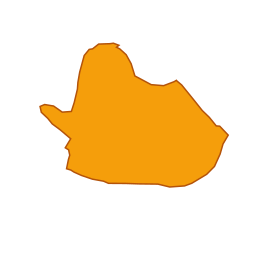 outline of Kusong City, P'yŏngan-bukto, North Korea, rotated 141°
{"feature_id": "82179303B13626815484241", "entity_name": "Kusong City", "entity_type": "district", "adm_level": 2, "iso_a3": "PRK", "parent_name": "North Korea", "parent_adm1": "P'yŏngan-bukto", "projection": "albers", "projection_center": [125.193, 39.953], "detail": "fine", "context": "isolated", "style": "filled", "palette": "amber", "viewbox_px": 256, "rotation_deg": 141, "n_neighbors": 0, "source": "geoboundaries", "source_scale": "gbopen_adm2", "svg_char_len": 882}
<svg xmlns="http://www.w3.org/2000/svg" viewBox="0 0 256 256"><g transform="rotate(141 128 128)"><path d="M60.4,134.6L63.1,135.0L73.7,138.5L82.7,147.1L87.0,157.3L89.9,164.1L85.1,176.0L83.3,186.1L84.6,194.6L86.1,198.0L83.0,198.0L86.0,203.1L89.0,204.9L93.5,208.3L98.0,211.7L105.7,211.8L108.7,213.5L116.4,211.9L130.4,201.8L138.2,195.0L142.9,190.0L153.8,181.6L161.6,176.5L169.1,181.7L172.0,191.9L178.0,198.7L182.8,200.1L185.5,194.7L184.3,186.2L184.3,178.9L181.8,169.1L179.3,155.7L189.2,152.1L187.9,148.4L190.4,143.5L194.0,141.1L201.4,135.0L198.9,131.3L197.7,127.7L194.0,120.4L187.9,110.7L180.5,102.1L178.0,97.3L164.6,86.3L154.8,77.8L140.1,65.6L132.7,55.9L120.5,47.4L113.2,44.9L96.0,42.5L85.0,43.7L72.8,49.8L64.2,55.8L54.6,59.4L55.6,71.7L58.1,74.1L58.1,85.1L59.3,94.8L59.2,107.0L59.2,120.4L59.2,127.7L60.4,133.8L60.4,134.6Z" fill="#f59e0b" stroke="#b45309" stroke-width="1.5"/></g></svg>